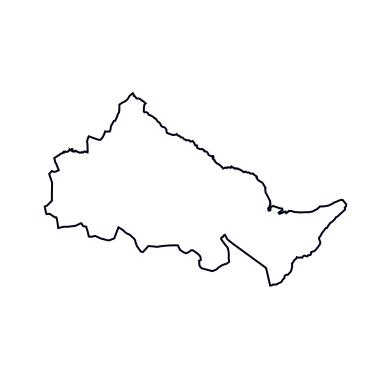 outline of Sumaila, Kano, Nigeria, rotated 256°
{"feature_id": "59680162B87731060313783", "entity_name": "Sumaila", "entity_type": "district", "adm_level": 2, "iso_a3": "NGA", "parent_name": "Nigeria", "parent_adm1": "Kano", "projection": "mercator", "projection_center": [8.898, 11.256], "detail": "fine", "context": "isolated", "style": "outline", "palette": "ink", "viewbox_px": 384, "rotation_deg": 256, "n_neighbors": 0, "source": "geoboundaries", "source_scale": "gbopen_adm2", "svg_char_len": 5962}
<svg xmlns="http://www.w3.org/2000/svg" viewBox="0 0 384 384"><g transform="rotate(256 192 192)"><path d="M258.2,66.6L254.2,66.5L252.1,67.1L245.4,68.0L244.8,65.1L244.9,62.8L246.3,61.1L244.1,57.8L242.6,57.9L234.9,58.5L221.4,54.9L217.5,54.0L213.8,48.0L213.8,47.0L213.5,45.6L207.0,45.3L205.7,45.5L205.3,48.5L200.4,53.1L200.3,54.1L200.0,54.3L196.8,54.3L189.4,53.5L189.3,59.2L188.3,63.1L187.4,70.9L188.6,76.8L188.5,77.0L185.1,78.2L184.0,80.9L179.5,81.2L173.8,81.1L172.8,83.7L172.9,85.3L172.7,87.6L169.0,92.2L165.6,98.4L165.1,100.0L165.8,105.3L175.5,112.1L171.9,115.7L170.4,116.6L169.0,117.5L167.2,119.1L165.6,121.3L163.2,122.8L161.1,124.3L159.2,125.1L156.5,125.1L153.1,125.4L146.7,127.8L145.6,129.9L150.1,136.6L148.5,141.4L147.5,144.1L147.1,145.4L147.0,147.8L146.7,150.4L145.6,157.4L143.7,165.3L138.5,166.5L135.2,169.6L134.5,170.8L134.0,171.4L134.2,172.1L134.3,173.8L135.7,177.2L135.4,178.4L133.9,180.0L132.9,180.6L132.2,181.4L131.5,182.0L129.9,183.2L128.8,183.7L128.1,184.2L126.6,184.5L125.9,184.4L124.7,184.2L123.9,184.1L123.6,182.8L123.5,182.1L122.1,182.1L120.7,181.7L120.4,181.7L119.8,181.5L119.3,181.5L119.2,181.6L118.3,181.6L117.1,182.0L115.5,183.1L110.3,192.6L111.0,197.4L112.1,198.9L112.7,200.5L112.9,201.6L113.6,203.0L114.0,206.3L114.0,207.7L114.4,209.3L115.2,211.2L117.0,211.4L119.2,211.6L121.2,212.3L124.6,213.0L128.1,213.2L130.2,212.8L132.4,211.6L139.1,208.9L140.1,209.1L140.7,209.7L141.0,211.2L142.0,212.1L142.4,212.9L142.5,213.6L137.6,214.8L131.6,219.4L100.4,245.5L82.3,245.2L82.1,246.9L82.6,248.2L82.1,250.1L81.9,251.8L82.5,253.9L82.7,255.4L83.1,257.0L84.9,258.7L86.0,260.7L88.0,261.5L88.7,262.6L88.9,263.6L88.4,264.7L89.6,266.8L91.2,268.9L93.1,270.0L95.5,271.2L98.4,271.7L99.5,273.3L100.7,274.2L101.5,275.6L102.3,277.2L103.4,277.9L102.5,279.5L102.1,281.9L101.6,283.0L102.9,284.5L103.0,285.9L101.6,288.3L102.6,289.5L102.3,290.4L102.3,291.7L103.3,292.7L104.4,292.7L104.9,293.4L105.0,294.6L105.0,296.1L105.6,297.5L107.0,299.5L109.9,303.1L112.0,304.4L114.2,304.1L115.7,304.0L116.9,304.2L118.5,306.2L120.7,308.2L124.6,313.1L124.5,314.3L126.4,316.1L128.5,318.6L129.7,321.6L131.3,324.3L132.6,325.3L132.9,327.0L134.6,330.1L138.0,336.4L139.8,336.4L140.9,338.0L142.7,338.7L147.9,336.2L148.3,333.7L147.7,330.0L147.2,326.5L146.9,326.2L145.8,321.4L146.2,316.3L147.0,312.5L145.3,309.7L143.9,304.3L144.1,300.8L145.0,296.9L145.9,292.5L147.8,286.5L149.4,284.1L150.2,281.3L149.3,280.1L148.7,278.3L150.4,278.0L149.9,274.4L149.7,271.9L149.7,271.5L151.0,271.1L152.0,273.8L152.3,275.4L153.3,275.5L154.1,275.5L155.0,273.2L158.8,267.4L158.4,265.0L157.4,264.3L155.3,263.6L155.4,261.9L156.9,261.8L157.8,262.1L158.0,262.4L158.6,263.2L159.4,264.0L160.1,264.2L160.8,264.7L161.0,265.1L161.6,265.3L162.4,265.3L163.2,265.2L164.1,265.6L169.6,264.4L173.6,263.3L178.3,263.9L178.4,264.3L184.1,262.5L185.8,260.6L187.5,259.1L188.9,258.6L189.7,258.1L190.3,258.0L190.6,258.2L190.8,258.6L191.3,258.6L192.0,258.1L192.6,257.4L193.0,257.0L194.1,256.2L195.1,255.8L195.3,254.7L195.4,253.8L195.8,253.1L196.7,252.4L197.4,251.5L197.4,250.5L198.1,249.4L198.7,249.2L198.9,248.1L198.6,247.4L199.1,246.6L200.3,245.9L200.6,245.4L200.8,245.3L201.2,244.9L201.8,244.2L202.5,243.6L202.7,242.7L203.0,242.4L203.4,242.3L203.7,242.2L203.7,241.6L204.1,240.7L204.0,240.2L204.5,239.8L204.8,239.4L204.8,239.2L204.6,239.0L204.7,238.9L204.8,238.6L205.1,238.5L205.3,238.4L207.0,236.6L206.7,236.5L206.2,236.2L206.3,236.0L206.4,235.8L206.7,235.5L206.3,235.0L206.3,234.7L206.6,234.3L207.0,233.7L207.4,232.5L207.2,232.0L206.9,231.7L206.8,231.3L207.3,230.9L207.6,230.4L207.6,229.7L207.1,228.0L208.3,227.4L209.1,226.8L209.8,226.7L212.9,224.2L213.9,222.9L215.4,222.1L216.3,221.4L217.0,221.7L217.7,221.5L218.3,220.7L219.1,220.4L220.1,220.2L220.3,220.6L220.2,221.2L220.9,221.3L221.5,221.3L221.9,221.1L222.0,220.5L221.7,220.3L221.8,219.9L222.2,219.6L222.5,218.8L222.9,218.2L223.4,217.5L224.1,217.0L225.0,217.0L225.8,216.7L226.7,216.5L228.3,214.9L228.3,214.0L228.6,213.8L229.2,213.6L229.9,213.7L231.4,212.1L231.2,211.3L231.6,210.3L232.0,209.6L233.3,208.1L234.2,207.6L234.9,207.7L235.3,208.0L235.8,208.2L236.1,208.0L236.4,206.7L236.6,206.3L237.3,206.1L238.7,206.2L240.5,205.3L241.3,205.0L241.2,204.1L241.4,202.5L241.7,202.3L242.3,202.2L243.2,201.1L243.4,199.2L244.5,198.1L244.9,197.2L245.8,196.8L246.9,196.2L247.5,195.2L247.8,194.2L248.8,193.9L249.6,193.0L250.1,192.1L251.1,191.6L252.0,191.0L251.5,190.2L251.8,189.0L251.7,187.6L252.9,185.6L255.3,182.1L256.2,181.9L257.7,182.0L259.0,182.2L260.3,181.7L261.5,180.7L262.2,179.4L263.5,178.1L264.8,177.9L266.4,177.5L267.5,176.9L268.5,175.8L271.5,174.8L272.9,173.3L274.3,172.6L274.9,171.8L276.0,170.8L277.3,168.7L279.4,168.2L280.3,167.3L280.7,166.2L280.8,165.2L281.6,164.7L283.3,165.1L284.7,165.5L286.5,166.2L288.1,166.8L288.7,167.7L289.2,168.5L291.5,166.9L293.5,165.0L295.1,163.8L295.7,162.9L295.8,161.5L296.5,160.6L297.7,160.2L299.1,159.5L299.3,158.8L300.3,158.8L301.4,158.9L301.8,158.3L302.1,158.3L301.8,157.6L300.2,154.5L297.6,152.0L296.2,149.1L295.5,145.9L294.4,142.7L289.4,141.4L286.7,140.3L285.9,139.2L281.6,136.3L279.7,134.6L279.8,133.3L275.3,129.2L272.4,128.1L270.6,126.9L271.1,124.3L271.8,122.4L268.8,120.4L266.0,117.8L264.7,115.5L266.1,112.6L271.0,105.3L270.1,104.5L266.7,102.5L263.7,102.1L257.4,100.8L255.8,100.2L256.0,100.0L256.5,99.8L256.7,99.5L256.7,99.2L256.5,98.9L256.4,98.7L256.9,98.3L257.3,97.7L257.4,97.0L257.1,96.6L256.8,96.2L256.6,95.8L256.6,95.5L256.8,95.2L257.1,95.1L257.4,94.6L257.3,94.3L257.2,94.0L257.1,92.7L257.4,92.2L257.8,92.0L258.2,91.4L258.6,90.5L260.0,89.5L260.1,89.3L260.3,88.8L260.3,88.5L259.9,88.3L259.6,88.1L259.6,87.7L260.0,87.2L260.0,86.8L260.1,86.2L260.4,85.9L261.2,86.0L261.7,86.0L262.2,86.3L262.5,86.4L262.8,86.1L262.8,85.8L262.6,85.4L261.8,84.9L262.0,84.1L262.3,83.9L262.2,83.9L262.5,83.5L262.5,83.2L262.0,82.8L261.3,81.5L261.2,80.6L261.3,80.0L261.7,79.4L261.9,78.8L261.5,78.4L261.3,77.8L262.1,77.8L262.2,77.3L261.5,76.4L261.2,76.1L260.9,75.4L261.0,74.5L260.8,73.6L260.4,73.0L258.2,66.6Z" fill="none" stroke="#020617" stroke-width="2"/></g></svg>